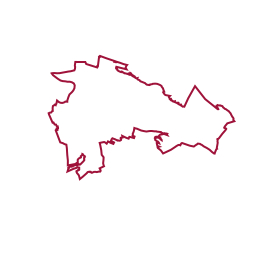 the district of Podari, Dolj, Romania, rotated 206°
{"feature_id": "2599482B53332966976241", "entity_name": "Podari", "entity_type": "district", "adm_level": 2, "iso_a3": "ROU", "parent_name": "Romania", "parent_adm1": "Dolj", "projection": "natural_earth1", "projection_center": [23.733, 44.25], "detail": "fine", "context": "isolated", "style": "outline", "palette": "rose", "viewbox_px": 256, "rotation_deg": 206, "n_neighbors": 0, "source": "geoboundaries", "source_scale": "gbopen_adm2", "svg_char_len": 5792}
<svg xmlns="http://www.w3.org/2000/svg" viewBox="0 0 256 256"><g transform="rotate(206 128 128)"><path d="M86.1,195.0L86.9,181.2L86.7,171.9L87.4,171.8L88.0,171.2L90.3,171.5L90.5,171.7L90.5,172.2L90.7,172.3L91.1,171.6L92.5,171.6L94.0,171.8L93.6,172.7L93.8,172.8L95.5,171.9L97.5,171.8L97.6,172.0L97.5,172.4L97.6,172.6L98.5,171.7L99.0,171.6L99.3,171.6L99.4,171.9L99.5,171.9L100.8,171.8L100.9,172.1L101.1,172.1L101.5,171.8L101.8,171.9L101.4,172.1L101.4,172.3L102.1,173.0L102.9,172.4L104.8,173.7L104.8,173.9L104.6,174.0L104.6,174.7L104.4,175.2L108.5,174.1L108.9,174.1L109.6,174.2L111.1,174.9L112.1,175.6L111.9,176.1L111.4,176.5L112.3,177.2L112.3,177.4L113.1,178.0L113.9,179.0L114.5,179.2L115.8,179.9L116.4,180.5L118.1,180.7L121.0,180.5L123.0,179.8L125.2,178.5L125.6,177.9L127.1,176.9L127.4,176.6L127.3,176.2L127.5,176.0L130.1,175.2L130.9,175.3L132.3,175.8L136.7,175.5L136.9,175.4L137.3,175.4L137.9,175.6L138.3,175.9L138.8,176.0L140.6,175.9L141.5,176.4L141.5,176.9L142.1,176.4L142.6,176.3L145.9,176.7L146.2,176.6L147.1,176.7L147.2,176.8L146.1,177.4L146.9,177.5L147.3,177.3L147.5,177.4L147.9,177.6L148.1,177.6L148.6,178.0L148.7,177.8L149.6,178.4L150.3,178.5L150.3,178.4L149.9,178.2L149.3,177.2L149.5,177.2L149.0,176.9L150.2,176.4L150.7,176.6L154.3,176.0L155.2,175.6L155.7,175.8L156.8,175.7L157.4,176.0L158.5,176.0L158.6,175.9L158.5,175.4L158.6,175.2L159.8,175.1L161.8,175.1L162.7,175.3L163.1,175.5L163.2,175.9L163.4,176.0L163.5,176.2L163.1,176.3L164.4,176.2L164.6,176.6L165.0,176.6L165.2,177.1L165.3,177.9L155.0,180.1L156.6,181.1L156.7,183.5L156.5,184.2L159.9,183.5L163.8,183.1L167.6,182.5L167.2,182.1L167.6,181.8L168.6,181.7L169.4,181.4L169.6,181.8L169.9,181.8L169.5,182.0L169.5,182.3L177.8,181.2L184.8,180.5L185.3,179.4L185.2,179.3L184.5,179.3L184.9,178.4L182.1,170.2L182.7,169.9L182.4,169.5L182.3,168.9L193.6,167.2L195.3,168.6L201.2,165.7L204.3,164.3L203.2,161.0L202.9,160.4L202.3,159.8L201.6,157.9L201.5,156.3L204.5,153.8L206.2,152.7L213.8,147.1L215.1,146.5L215.7,146.1L216.1,146.0L218.5,145.0L220.4,143.9L220.6,143.7L218.5,142.6L212.9,141.5L209.5,141.1L207.3,141.5L204.7,142.5L202.8,143.0L200.6,144.1L198.4,144.5L196.2,144.3L194.6,143.0L193.6,140.3L193.6,137.8L194.1,135.7L195.3,132.5L195.1,129.6L194.6,126.1L194.1,125.0L195.9,124.3L196.2,123.6L197.0,122.6L198.1,121.7L199.7,121.1L201.4,121.0L203.8,121.6L203.0,118.3L203.1,117.7L203.0,116.9L203.9,117.1L204.3,116.2L205.1,114.8L204.5,112.9L203.1,110.3L203.6,109.8L203.8,108.3L205.2,107.3L205.8,106.5L205.0,105.6L198.1,99.7L197.4,100.3L195.5,99.0L194.2,99.5L192.6,98.2L191.9,98.6L191.6,98.1L191.2,97.9L190.8,97.1L191.6,96.4L191.1,96.1L191.5,95.7L190.9,95.2L191.2,95.0L190.9,94.9L191.7,94.0L182.6,85.4L180.0,85.8L177.8,85.7L176.1,86.0L174.2,83.2L170.8,77.2L167.8,72.4L165.7,68.0L158.2,73.6L158.7,74.1L157.9,74.7L158.1,75.1L158.9,76.6L159.3,77.7L159.2,77.9L158.9,78.9L158.6,79.5L157.4,80.9L157.4,81.0L158.0,81.7L158.1,81.9L157.4,83.7L157.4,84.1L157.6,84.6L157.0,84.6L156.1,83.8L155.8,83.9L154.6,83.7L154.5,82.7L154.1,82.8L154.1,81.4L154.0,81.0L153.2,80.1L153.4,78.8L154.9,74.3L155.3,73.9L156.1,74.0L157.4,71.9L158.1,72.4L161.4,69.2L161.5,69.0L161.3,68.9L162.4,68.0L162.3,67.8L163.6,68.7L164.1,68.0L163.6,67.3L163.8,67.2L163.5,66.4L164.2,65.9L163.8,65.1L163.6,64.2L163.3,62.4L159.3,67.2L155.7,70.7L154.5,71.0L153.6,69.2L153.6,68.9L154.4,68.5L154.5,68.3L154.4,67.8L155.4,66.7L155.2,66.1L154.0,65.1L152.1,64.3L151.0,63.5L148.9,61.0L147.3,64.4L145.2,69.5L145.0,70.6L144.9,70.7L143.6,71.8L142.6,71.7L142.3,72.3L140.8,71.9L139.4,73.6L137.9,74.4L136.7,74.7L135.3,75.9L133.9,76.6L133.8,77.5L134.1,78.0L135.8,79.3L132.8,83.1L133.5,83.7L134.9,85.4L135.9,88.2L137.1,91.0L139.9,92.4L142.3,96.3L145.4,100.4L146.9,102.2L143.5,104.8L143.1,105.0L142.4,105.0L140.3,104.6L140.1,107.2L137.4,107.0L134.2,107.3L134.2,108.9L137.0,109.0L137.7,108.9L137.7,110.2L137.8,110.7L137.5,111.9L134.5,112.2L132.1,112.1L132.0,112.4L130.4,112.7L129.6,113.2L129.0,114.2L129.3,115.1L129.9,115.4L130.1,115.5L130.2,116.0L128.7,117.1L129.7,118.4L125.6,118.4L122.8,118.7L122.9,120.6L122.5,120.8L118.2,121.6L118.4,123.2L120.4,123.1L120.6,123.2L120.7,124.1L121.3,125.2L121.2,126.0L121.5,128.1L122.3,130.8L121.2,130.9L119.6,131.3L115.1,131.5L112.3,132.2L109.9,132.9L107.3,134.7L105.4,135.7L102.8,136.6L101.1,137.4L100.5,137.4L96.6,138.8L96.2,138.5L94.2,138.6L93.2,139.0L92.8,139.4L91.4,139.5L90.8,140.0L90.2,140.0L90.4,139.4L90.2,139.1L89.7,138.8L92.6,138.5L94.2,137.7L94.4,137.3L96.2,136.1L96.6,135.1L96.8,134.2L96.3,134.3L96.0,133.9L95.6,133.7L94.8,133.7L94.7,133.4L94.8,133.2L92.5,132.0L92.4,131.8L93.5,132.0L95.0,132.6L96.4,132.7L96.8,132.4L98.2,132.9L99.5,132.0L99.5,130.9L98.6,130.9L98.8,130.0L98.4,129.3L98.1,129.1L96.0,128.8L95.2,128.9L94.0,128.4L93.4,128.0L93.3,127.9L94.6,127.9L95.6,127.5L95.7,127.2L93.8,124.8L91.9,124.9L92.9,124.1L93.0,123.7L92.4,123.1L88.7,122.3L85.3,120.5L79.9,127.2L76.9,132.3L76.7,132.8L75.3,134.8L74.5,135.3L73.4,135.4L73.4,137.0L73.2,137.8L72.8,138.2L64.6,139.2L60.7,140.2L59.9,141.8L59.6,142.2L59.2,143.1L58.8,143.5L58.4,144.6L56.3,145.3L55.6,145.1L54.3,145.2L51.9,144.7L48.5,144.6L45.0,144.2L42.1,143.3L39.5,142.8L38.9,143.0L39.1,144.0L39.3,147.0L39.2,147.9L38.9,148.3L39.1,148.4L39.5,149.2L40.9,154.1L41.4,154.7L41.7,155.2L41.8,155.7L42.4,156.7L42.8,157.1L42.8,157.3L42.2,157.5L41.7,158.9L40.7,164.1L39.5,168.6L39.3,170.2L39.4,170.4L39.8,170.5L41.5,170.3L41.7,170.5L41.7,170.9L41.5,172.7L40.9,175.0L40.8,175.7L35.4,180.7L36.8,181.4L37.0,181.8L37.2,182.6L37.6,183.0L38.3,183.5L39.0,183.7L40.7,184.9L42.3,186.2L43.3,186.5L44.5,187.2L46.7,187.5L48.0,187.8L49.6,187.7L50.6,188.1L51.5,188.2L52.5,188.9L52.8,189.0L53.8,188.9L54.2,188.7L54.8,188.8L55.4,188.6L56.0,188.1L56.4,188.0L57.4,187.9L57.4,187.7L58.2,186.9L57.9,186.3L58.0,186.3L55.5,184.9L55.1,184.5L55.3,184.3L55.9,184.3L71.3,187.8L86.1,195.0Z" fill="none" stroke="#9f1239" stroke-width="2"/></g></svg>